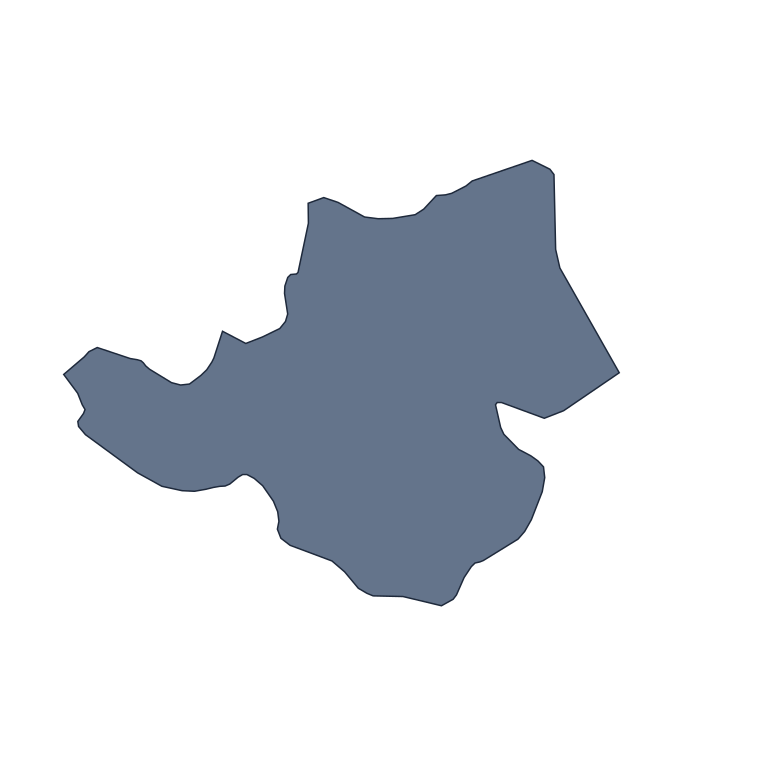 map outline of Glarus (Robinson projection), rotated 51°
{"feature_id": "CHE-169", "entity_name": "Glarus", "entity_type": "Canton", "adm_level": 1, "iso_a3": "CHE", "parent_name": "Switzerland", "parent_adm1": "", "projection": "robinson", "projection_center": [9.033, 46.988], "detail": "fine", "context": "isolated", "style": "filled", "palette": "slate", "viewbox_px": 768, "rotation_deg": 51, "n_neighbors": 0, "source": "natural_earth", "source_scale": "10m", "svg_char_len": 1454}
<svg xmlns="http://www.w3.org/2000/svg" viewBox="0 0 768 768"><g transform="rotate(51 384 384)"><path d="M241.4,476.3L265.5,465.9L270.9,449.0L275.3,430.1L273.4,421.2L269.0,414.8L251.0,404.3L245.5,399.4L240.6,391.7L240.2,387.6L243.4,382.8L243.2,380.6L211.5,341.6L195.8,329.2L201.2,313.5L214.0,305.4L242.0,294.0L251.9,284.5L260.8,273.0L272.0,253.3L273.1,243.1L270.5,224.7L275.7,217.2L278.4,211.4L281.7,195.7L281.7,187.7L303.4,128.2L321.5,119.9L328.2,120.1L387.4,165.9L404.5,174.3L523.3,194.1L517.8,261.2L511.5,281.0L472.4,304.3L469.6,307.7L470.3,310.4L491.2,320.7L498.5,322.5L519.6,320.5L532.2,315.1L540.6,312.8L548.8,312.2L557.9,318.0L567.3,328.8L582.2,354.9L587.1,367.4L588.9,377.4L583.7,417.9L582.6,421.5L580.4,425.9L580.9,431.1L584.8,443.5L593.5,460.4L594.8,465.7L592.5,478.9L561.1,503.0L541.8,525.8L535.9,529.0L526.6,532.5L505.2,532.8L488.8,535.8L450.3,558.5L439.0,561.2L429.7,558.2L424.6,552.1L416.4,547.0L405.5,543.7L386.7,542.3L375.6,544.3L368.1,547.5L365.4,550.8L364.6,556.0L364.7,566.8L363.3,571.7L360.2,576.0L357.0,581.7L353.7,588.7L348.1,598.8L339.8,608.1L323.7,621.0L298.0,631.4L235.5,647.9L224.8,648.1L220.4,645.5L217.8,636.1L215.7,632.4L210.3,631.6L198.5,627.9L175.0,626.9L174.3,599.9L173.2,592.9L175.2,583.9L204.5,565.2L209.8,560.5L213.1,558.2L216.1,557.7L220.0,557.8L225.0,556.9L249.2,548.3L256.8,542.7L261.6,535.2L262.1,521.0L261.4,512.8L258.6,503.9L256.7,499.8L241.4,476.3Z" fill="#64748b" stroke="#1e293b" stroke-width="1.5"/></g></svg>